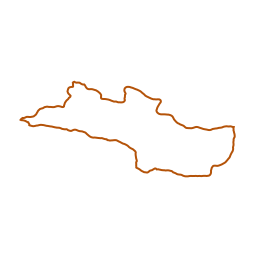 X-1 Right Bank Essequibo, Upper Demerara-Berbice, Guyana, rotated 280°
{"feature_id": "73187651B95579298937311", "entity_name": "X-1 Right Bank Essequibo", "entity_type": "district", "adm_level": 2, "iso_a3": "GUY", "parent_name": "Guyana", "parent_adm1": "Upper Demerara-Berbice", "projection": "robinson", "projection_center": [-58.454, 5.555], "detail": "fine", "context": "isolated", "style": "outline", "palette": "amber", "viewbox_px": 256, "rotation_deg": 280, "n_neighbors": 0, "source": "geoboundaries", "source_scale": "gbopen_adm2", "svg_char_len": 5805}
<svg xmlns="http://www.w3.org/2000/svg" viewBox="0 0 256 256"><g transform="rotate(280 128 128)"><path d="M113.6,30.3L113.5,30.6L113.4,32.0L113.3,33.3L113.3,34.4L113.8,35.9L114.5,37.5L114.8,38.7L115.2,39.5L115.7,40.7L116.0,41.7L116.2,44.4L116.1,46.0L116.0,47.3L116.1,48.7L116.1,50.0L116.1,51.3L116.2,52.7L116.1,54.1L116.0,55.7L116.0,56.8L116.0,58.0L116.2,59.4L116.3,60.5L116.1,61.8L115.7,63.2L115.7,64.2L115.7,65.5L115.8,66.4L116.1,67.4L116.0,68.3L115.5,69.2L115.2,70.8L115.2,72.4L115.8,73.4L116.5,74.4L117.0,75.4L117.2,76.7L117.1,77.7L116.8,78.8L116.6,79.9L116.5,80.9L116.6,82.2L116.7,83.5L116.4,85.0L116.3,86.0L116.0,87.0L115.4,87.9L114.9,88.6L114.2,89.8L113.6,90.8L113.0,92.0L112.6,93.3L112.5,94.4L112.5,95.4L112.8,96.7L112.9,97.8L113.0,100.3L113.1,101.5L113.2,102.7L113.5,104.1L113.3,105.4L113.1,106.8L113.1,108.0L113.2,109.0L112.5,109.8L112.6,110.9L112.5,112.4L112.9,113.7L113.1,114.7L113.4,115.7L113.7,116.8L113.9,117.8L113.9,118.9L113.6,119.9L113.1,121.4L112.8,122.7L112.4,123.8L112.1,124.7L111.7,126.1L111.7,127.1L111.3,128.5L110.9,129.8L110.4,130.9L109.9,131.7L109.3,132.5L108.7,133.9L108.3,135.1L108.1,136.0L107.7,137.0L107.2,137.7L106.7,138.6L106.1,139.4L105.2,139.9L104.3,139.9L103.3,140.1L102.5,140.3L101.6,140.6L100.7,140.9L99.5,141.3L98.5,141.8L97.5,142.3L96.6,142.4L95.8,142.0L94.9,142.1L93.9,142.4L92.8,142.5L91.8,142.8L90.5,143.0L90.1,144.0L89.8,145.2L89.4,146.3L88.9,147.3L88.4,148.2L88.0,149.2L87.6,150.6L87.3,151.5L87.4,152.7L87.4,154.0L87.6,155.0L88.4,155.9L89.6,156.8L90.2,157.9L90.6,158.9L91.3,159.7L92.2,160.7L92.9,161.7L92.8,162.7L92.2,163.5L92.6,164.9L92.5,165.8L92.5,166.8L92.4,168.3L92.5,169.8L92.7,171.3L92.7,172.5L93.1,173.8L93.3,174.9L93.3,176.1L93.2,177.0L93.2,178.4L92.8,179.3L92.2,180.1L92.0,181.3L91.7,182.8L91.2,184.0L91.0,185.2L91.1,187.1L91.2,188.1L91.0,189.3L90.6,190.5L90.4,191.9L90.4,193.1L90.6,194.2L90.8,195.4L91.3,196.7L91.7,198.2L91.9,199.9L92.2,201.5L92.6,203.1L92.7,204.7L93.0,205.8L93.2,206.8L93.3,207.8L93.4,208.8L93.8,210.0L94.1,211.2L94.3,212.4L94.4,213.8L94.7,214.7L95.1,215.9L95.9,216.8L97.2,217.4L98.3,217.5L99.3,217.4L100.3,217.1L101.2,217.2L102.1,217.3L103.3,217.4L104.4,217.9L105.2,218.3L105.7,219.0L106.0,220.1L106.1,221.2L106.2,222.5L106.6,223.6L107.2,224.7L108.0,226.0L108.6,226.9L109.2,227.6L110.4,229.1L111.3,230.0L112.2,230.5L113.1,231.1L114.2,231.7L115.3,232.3L116.2,232.9L117.2,233.3L118.4,233.5L119.3,233.7L120.1,233.9L121.0,234.2L122.1,234.5L122.8,234.9L123.7,235.1L124.8,235.2L125.7,235.2L126.9,234.8L128.1,234.8L129.2,234.9L130.1,234.8L131.0,234.6L132.0,234.3L132.9,234.2L133.9,234.2L134.9,234.0L135.9,234.0L136.9,234.3L137.8,234.6L138.9,234.4L140.0,234.1L140.8,233.8L142.0,233.2L143.1,232.8L144.0,232.3L145.0,232.2L145.9,231.9L147.3,232.0L147.2,230.7L147.4,229.6L147.4,228.3L147.0,227.2L146.9,226.0L146.8,224.6L146.4,223.4L146.0,222.3L145.5,221.4L145.0,220.7L144.5,219.5L144.2,218.5L143.9,217.4L143.4,216.4L143.0,215.4L142.7,214.3L142.2,212.9L141.7,211.5L141.1,210.7L140.5,209.8L140.1,208.6L140.0,207.6L140.1,205.8L140.1,204.5L140.1,202.9L140.2,201.8L140.4,200.7L140.6,199.1L140.8,197.9L141.0,196.7L141.0,195.6L140.7,194.5L140.2,193.5L139.7,192.6L139.2,191.6L138.8,190.6L138.6,189.1L138.4,187.8L138.3,186.8L138.2,185.7L138.4,184.7L139.0,183.7L139.8,182.4L140.1,181.3L140.4,179.8L140.6,178.7L141.1,177.5L141.4,176.2L141.9,175.2L142.7,174.0L143.6,172.9L144.5,171.8L145.3,171.3L146.0,170.7L147.0,169.9L147.7,168.7L148.1,167.2L148.2,165.5L148.0,164.0L147.9,162.5L147.7,161.0L147.4,159.5L147.2,158.3L147.2,157.3L147.3,156.2L147.7,155.2L148.3,154.2L148.9,153.6L149.9,153.0L150.7,153.0L151.8,153.2L152.9,153.3L154.0,153.6L155.1,154.0L156.4,154.5L157.5,154.9L158.6,155.5L159.5,155.8L160.4,155.6L161.2,155.0L161.6,153.9L161.5,152.8L161.3,151.9L161.0,150.5L160.9,149.1L160.7,148.0L160.8,147.0L161.0,145.7L161.3,144.8L161.5,143.8L161.8,142.9L162.2,141.3L162.5,140.4L163.0,139.2L163.7,138.4L164.5,137.0L165.2,135.7L166.0,134.5L166.6,133.1L167.0,131.6L167.3,130.6L167.5,129.3L167.8,127.7L168.2,126.2L168.4,124.8L168.5,123.6L168.7,122.6L168.6,121.2L168.4,120.1L168.0,119.3L167.4,118.6L166.4,117.9L165.4,117.8L164.3,117.9L163.3,118.3L162.2,119.2L161.3,119.7L160.3,119.3L159.4,119.4L158.5,119.5L157.6,119.6L156.8,119.4L155.8,119.6L155.0,120.1L154.0,119.9L153.2,119.4L152.5,118.5L152.1,117.2L151.9,115.9L151.8,114.9L151.6,113.9L151.8,112.7L152.0,111.6L151.7,110.4L151.6,109.3L151.8,108.3L152.0,106.9L152.3,105.8L152.5,104.6L152.6,103.6L152.6,102.5L152.6,101.0L152.5,100.0L152.3,98.6L152.2,97.3L152.5,96.5L153.7,96.0L154.7,96.0L155.8,95.8L157.0,94.8L157.6,94.0L158.1,93.1L158.7,92.1L159.2,90.9L159.6,89.8L159.7,88.6L159.9,87.0L160.0,86.0L159.9,85.0L159.6,83.6L159.4,82.4L159.6,81.2L160.2,80.3L161.0,79.4L161.9,78.7L162.7,78.1L163.3,77.2L163.0,76.4L163.1,75.2L163.4,74.2L163.8,73.3L164.2,72.5L164.1,71.4L163.9,70.3L163.7,69.3L163.8,68.2L164.2,67.1L163.7,66.2L162.9,65.8L162.0,66.3L161.0,66.3L160.1,66.6L159.3,66.7L158.9,66.4L158.9,66.0L158.3,64.3L157.9,63.4L157.1,62.6L156.2,62.3L155.4,62.2L154.4,62.1L153.4,62.1L152.6,62.6L151.9,63.0L151.2,63.8L150.5,64.9L149.8,65.8L148.9,65.8L148.1,65.3L147.5,64.6L146.2,64.1L145.4,63.5L144.7,62.9L143.9,62.4L143.1,62.1L142.2,61.6L141.1,61.4L140.1,61.3L139.0,61.1L138.1,61.2L137.4,60.5L137.2,59.5L137.4,58.2L137.5,57.0L137.5,56.0L137.3,54.9L137.0,54.0L136.4,52.9L135.8,51.7L135.5,50.5L135.4,49.4L135.3,48.2L135.1,47.1L135.0,45.9L135.0,44.6L134.5,43.3L134.0,42.1L133.3,41.4L132.6,40.5L132.2,39.5L131.4,38.0L130.6,37.4L129.7,36.7L128.9,36.3L128.1,36.1L127.2,35.7L126.2,35.4L125.1,34.9L124.1,34.0L123.2,33.2L122.7,32.3L122.4,31.4L122.0,30.4L121.7,29.1L121.6,27.7L121.4,26.4L120.8,25.4L120.2,24.6L119.7,23.5L119.6,22.5L119.0,21.9L118.2,21.2L117.4,20.8L117.2,21.4L117.4,23.8L117.3,24.6L117.1,25.8L116.2,28.4L116.3,28.8L115.8,29.1L114.4,30.3L113.9,30.3L113.6,30.3Z" fill="none" stroke="#b45309" stroke-width="2"/></g></svg>